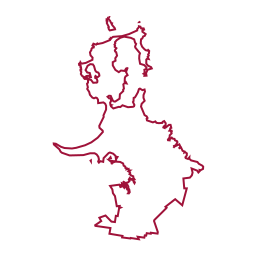 the district of Clarence, Tasmania, Australia, rotated 179°
{"feature_id": "25037944B57151940201314", "entity_name": "Clarence", "entity_type": "district", "adm_level": 2, "iso_a3": "AUS", "parent_name": "Australia", "parent_adm1": "Tasmania", "projection": "natural_earth1", "projection_center": [147.457, -42.874], "detail": "fine", "context": "isolated", "style": "outline", "palette": "rose", "viewbox_px": 256, "rotation_deg": 179, "n_neighbors": 0, "source": "geoboundaries", "source_scale": "gbopen_adm2", "svg_char_len": 5893}
<svg xmlns="http://www.w3.org/2000/svg" viewBox="0 0 256 256"><g transform="rotate(179 128 128)"><path d="M58.4,82.3L56.9,83.8L56.9,84.0L57.2,84.5L57.2,84.8L56.3,84.5L53.7,85.8L53.5,88.0L54.3,89.0L57.8,91.0L59.2,92.8L65.5,94.5L67.3,96.3L67.2,97.5L68.5,96.0L70.8,96.9L71.1,97.8L69.7,99.5L69.6,101.6L71.3,102.9L72.1,102.5L71.9,103.5L73.8,104.2L75.3,107.6L77.6,106.6L75.9,108.4L77.0,110.8L81.9,108.6L83.0,107.4L81.9,108.7L82.2,109.3L80.6,109.9L78.8,113.0L79.1,113.9L81.3,114.9L81.7,116.3L83.6,116.6L84.4,117.6L86.6,115.8L86.6,114.9L88.2,115.1L88.3,115.7L86.6,117.8L86.4,120.0L84.5,121.8L85.0,123.3L84.3,123.7L84.4,124.4L86.6,124.6L85.8,125.8L85.8,126.9L84.7,127.4L85.4,130.4L87.0,130.4L90.0,128.0L90.9,128.4L91.3,127.3L92.6,127.9L92.3,128.6L92.8,128.5L90.4,130.2L90.2,132.1L91.7,134.3L93.2,133.6L93.6,132.5L97.2,132.3L99.5,132.7L100.5,134.1L103.0,133.2L108.9,135.3L109.2,137.0L108.3,137.7L109.1,139.3L111.2,140.6L114.6,149.2L113.9,152.0L110.9,154.9L112.0,157.9L111.9,160.7L110.4,164.2L110.8,166.2L112.9,165.6L115.4,167.2L116.4,166.7L117.5,163.5L119.4,160.2L120.5,158.5L121.8,158.0L122.0,154.8L122.6,153.9L121.2,150.9L121.6,149.6L122.6,149.1L127.7,148.8L133.1,150.8L135.3,149.1L137.0,149.3L142.3,147.8L144.6,149.9L144.8,150.7L144.1,151.2L145.2,151.5L145.4,153.7L144.5,155.2L144.6,156.9L145.3,158.1L146.4,158.0L147.9,159.6L146.4,160.6L144.7,160.4L142.6,155.5L141.4,154.7L140.3,154.7L135.9,157.5L135.5,161.9L132.1,165.0L132.2,166.4L131.4,167.4L131.9,171.7L130.7,173.0L128.7,172.6L129.6,174.4L130.5,174.9L130.3,178.0L129.6,179.6L127.5,180.8L129.0,184.0L127.2,188.6L127.7,187.8L128.9,187.5L130.4,185.1L134.0,185.6L136.2,184.0L139.6,186.3L142.1,190.8L142.1,194.1L139.3,195.5L139.5,198.0L137.7,200.5L138.5,204.0L139.5,204.7L139.8,205.9L138.2,208.0L139.9,209.4L139.5,210.7L140.1,211.5L139.2,213.0L139.5,214.1L137.7,216.1L134.0,218.4L130.3,219.4L123.6,218.1L120.3,216.5L119.4,213.1L118.4,212.0L119.5,209.4L119.3,208.3L114.7,202.5L115.4,200.5L115.6,197.2L114.8,192.0L110.6,190.6L108.5,188.2L108.7,186.7L110.6,186.0L110.4,182.8L111.5,182.0L110.4,181.3L110.7,179.9L108.6,180.0L109.0,182.5L107.4,185.9L103.2,187.1L103.8,188.4L107.1,190.1L108.6,192.1L108.5,196.1L107.6,197.0L106.1,196.6L107.1,198.9L106.0,200.0L106.6,201.2L105.8,202.2L105.5,204.7L106.5,205.7L107.1,205.0L109.0,205.5L110.5,206.8L112.5,209.1L113.8,212.5L113.4,216.5L112.2,217.2L111.2,219.3L109.7,219.8L108.7,221.6L111.9,224.0L111.9,225.4L110.2,226.1L110.6,227.3L113.2,227.4L113.8,229.1L115.3,229.5L115.3,228.7L117.0,226.8L117.1,225.4L125.3,221.9L132.3,220.0L141.4,219.4L143.0,218.2L143.7,218.4L143.8,217.2L144.7,217.2L144.6,216.2L151.9,213.4L156.9,212.5L157.3,213.0L158.4,211.9L161.1,212.9L162.1,211.1L160.7,210.2L160.9,209.1L162.3,208.8L163.2,207.6L163.2,206.7L164.7,204.3L164.2,201.3L162.2,199.0L162.4,196.8L169.1,193.8L173.5,193.1L174.4,194.5L174.7,193.4L175.2,193.7L175.9,193.0L175.7,191.7L174.1,190.7L174.4,189.4L173.9,189.2L173.7,187.2L174.5,187.1L174.5,186.2L173.7,184.8L174.2,182.9L173.1,181.0L171.5,180.0L171.6,179.2L170.5,177.8L169.8,177.8L169.8,179.8L168.7,180.7L166.2,181.0L165.6,180.5L165.5,179.2L164.2,179.4L165.3,183.7L167.8,184.2L169.4,186.7L167.3,190.9L164.6,192.5L162.0,192.2L160.9,190.5L159.7,186.0L158.6,184.6L156.7,183.9L155.9,182.4L155.7,180.8L157.1,179.6L158.4,179.3L159.5,180.6L159.9,180.2L159.9,178.6L158.5,178.0L157.7,175.6L158.0,174.2L158.6,173.9L159.1,173.8L158.5,174.0L162.0,173.8L164.1,176.7L166.5,177.3L168.5,179.4L169.1,179.1L167.1,176.5L167.2,174.1L168.2,172.9L167.4,169.4L168.1,167.8L166.2,164.8L165.5,161.9L163.1,159.0L161.5,158.3L159.6,159.0L158.4,158.4L157.5,156.8L157.4,153.4L152.1,154.0L150.4,152.7L149.5,150.6L149.6,146.8L152.3,141.0L152.1,139.5L156.7,130.6L156.5,128.7L153.4,125.8L153.2,124.5L158.5,118.8L164.9,114.3L171.2,111.5L180.1,109.1L184.4,108.5L191.8,109.1L195.4,110.4L200.4,113.5L202.5,113.8L202.4,112.8L197.0,107.9L195.8,105.5L194.5,104.4L186.9,101.6L173.0,101.7L166.3,103.4L161.8,103.3L159.8,102.1L158.2,99.8L157.6,97.2L158.4,94.9L157.7,93.9L156.1,95.3L153.4,94.6L152.9,98.3L147.8,103.3L146.5,103.8L143.3,102.6L141.1,100.5L140.5,98.2L139.9,98.1L139.4,99.3L139.0,99.2L139.8,98.0L140.7,98.0L140.4,96.4L141.7,94.8L147.2,96.0L144.5,93.6L144.9,92.9L145.2,92.0L144.4,93.3L142.7,94.1L143.6,94.0L140.8,94.6L136.4,94.2L133.5,92.6L133.0,90.4L131.4,89.5L131.3,88.1L129.9,87.7L130.2,86.7L128.1,87.1L128.0,85.6L126.9,85.5L128.3,84.6L126.7,83.6L127.3,81.9L126.4,81.7L126.1,80.6L123.6,79.6L123.5,78.2L122.6,76.8L123.9,76.9L123.2,76.1L123.2,74.4L122.1,73.6L122.5,72.7L123.2,73.8L123.8,75.9L126.0,76.4L127.1,78.0L128.1,76.5L127.4,75.0L128.6,73.8L131.5,73.0L133.0,74.2L132.7,74.7L133.3,74.3L132.6,72.9L129.7,71.4L128.7,69.5L128.7,67.9L127.8,66.4L127.4,63.8L128.3,62.6L129.1,62.7L128.4,63.7L129.2,66.9L129.8,67.9L129.7,66.9L130.0,66.8L131.1,69.4L132.3,69.2L132.8,68.3L133.7,69.6L136.1,70.5L136.3,69.9L135.4,69.5L136.6,69.1L137.6,71.5L146.9,70.4L144.7,66.8L144.2,63.1L142.2,60.1L140.6,50.0L137.8,50.2L138.2,49.2L136.7,48.6L138.3,47.9L139.8,40.1L141.7,40.4L142.7,34.2L146.2,34.7L152.0,40.9L158.2,38.8L156.4,35.4L162.5,31.4L162.3,30.7L147.3,28.3L148.4,22.6L135.4,20.2L135.8,18.7L127.5,17.5L127.3,18.0L119.1,16.6L120.2,19.1L113.6,18.1L113.1,20.3L111.7,20.1L111.1,22.5L107.1,21.9L107.0,22.9L100.3,21.9L100.0,23.4L103.6,34.6L103.2,35.6L91.3,47.0L90.8,47.6L91.9,48.6L82.1,56.0L75.1,49.8L70.3,66.6L72.8,66.7L73.5,76.6L67.0,77.3L65.0,79.5L64.2,82.2L65.1,86.4L59.6,84.2L58.4,82.3ZM147.4,233.4L145.4,229.3L145.9,228.9L145.4,227.0L144.5,225.9L139.2,226.9L139.5,228.1L142.0,231.2L142.5,232.2L142.1,233.0L143.1,233.4L144.1,235.6L146.3,238.0L146.8,236.6L147.5,236.9L147.6,235.4L146.8,234.7L147.4,233.4ZM130.6,71.1L135.0,72.9L134.8,71.9L135.9,71.3L132.3,69.8L130.3,70.4L130.6,71.1ZM146.0,99.1L146.9,98.1L145.7,98.2L146.0,99.1ZM114.2,234.4L114.8,233.7L114.6,233.7L114.2,234.4ZM144.9,239.3L145.4,239.4L145.0,239.1L144.9,239.3ZM165.7,96.2L166.0,96.0L165.7,95.5L165.7,96.2Z" fill="none" stroke="#9f1239" stroke-width="2"/></g></svg>